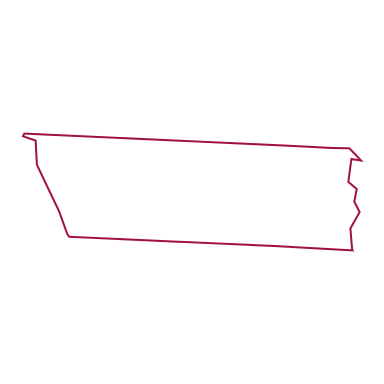 Lincoln, North Carolina, United States of America
{"feature_id": "52423323B90543802473201", "entity_name": "Lincoln", "entity_type": "district", "adm_level": 2, "iso_a3": "USA", "parent_name": "United States of America", "parent_adm1": "North Carolina", "projection": "orthographic", "projection_center": [-81.221, 35.484], "detail": "fine", "context": "isolated", "style": "outline", "palette": "rose", "viewbox_px": 384, "rotation_deg": 0, "n_neighbors": 0, "source": "geoboundaries", "source_scale": "gbopen_adm2", "svg_char_len": 451}
<svg xmlns="http://www.w3.org/2000/svg" viewBox="0 0 384 384"><path d="M24.3,133.6L23.5,135.2L23.0,136.3L35.6,140.5L36.9,164.8L59.0,211.1L67.3,234.1L69.1,236.7L69.9,236.8L71.5,236.9L174.7,241.6L184.6,242.0L273.7,246.0L352.6,250.4L352.1,249.3L350.4,228.5L359.6,212.1L354.3,201.7L356.7,189.0L348.3,181.9L351.4,159.1L361.0,160.5L349.4,148.3L339.5,148.1L332.0,148.0L290.0,145.8L24.5,133.6L24.3,133.6Z" fill="none" stroke="#9f1239" stroke-width="2"/></svg>